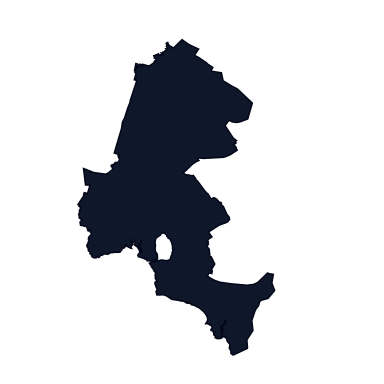 Maungakiekie-TÄmaki Local Board Area, Auckland, New Zealand, rotated 109°
{"feature_id": "76426892B3481372105760", "entity_name": "Maungakiekie-TÄmaki Local Board Area", "entity_type": "district", "adm_level": 2, "iso_a3": "NZL", "parent_name": "New Zealand", "parent_adm1": "Auckland", "projection": "natural_earth1", "projection_center": [174.844, -36.902], "detail": "fine", "context": "isolated", "style": "filled", "palette": "ink", "viewbox_px": 384, "rotation_deg": 109, "n_neighbors": 0, "source": "geoboundaries", "source_scale": "gbopen_adm2", "svg_char_len": 6085}
<svg xmlns="http://www.w3.org/2000/svg" viewBox="0 0 384 384"><g transform="rotate(109 192 192)"><path d="M69.7,203.0L71.5,213.1L70.1,213.3L67.4,212.9L65.7,219.8L65.2,220.0L62.6,229.8L61.9,234.2L54.7,232.3L53.6,243.0L51.2,251.0L61.8,256.3L61.0,260.9L59.6,262.9L58.5,263.6L58.9,264.2L60.0,264.8L61.4,263.5L62.6,263.7L63.0,262.6L63.5,262.2L63.5,262.6L64.4,261.6L64.8,261.8L65.0,262.7L65.1,262.4L69.3,264.5L69.3,265.2L70.5,265.8L70.6,266.3L71.1,265.7L71.3,264.4L71.9,264.2L71.8,266.0L72.4,266.2L73.2,267.5L72.2,268.7L73.2,269.4L73.9,270.7L74.5,270.8L75.5,272.5L76.6,271.6L77.8,271.2L77.6,269.7L79.4,268.8L80.2,270.0L80.8,270.2L81.1,269.5L81.4,269.5L86.3,273.1L86.9,274.0L87.4,280.4L88.9,280.6L88.0,281.8L88.4,283.6L89.1,283.9L91.5,283.6L92.7,284.8L88.7,285.7L88.8,286.9L95.9,285.9L95.8,285.1L97.6,284.8L97.6,283.6L104.7,283.1L104.5,280.5L125.4,280.2L127.3,279.8L134.0,280.1L143.7,279.8L148.4,280.5L155.0,279.3L180.5,278.2L180.3,273.6L181.7,273.7L181.2,272.6L181.6,272.5L181.8,273.0L183.3,272.6L184.7,271.1L187.5,271.3L188.3,272.5L189.3,272.6L189.3,273.3L189.7,274.1L189.4,274.3L191.3,274.9L193.0,277.1L193.9,276.8L194.9,275.2L196.6,274.5L201.2,277.3L203.3,279.5L205.6,291.3L205.1,302.2L220.0,295.0L218.8,290.7L227.4,290.3L227.7,293.7L231.7,293.3L239.9,295.5L239.4,294.9L241.3,295.2L241.7,294.5L242.4,294.1L242.7,292.8L243.1,292.3L243.9,292.1L246.3,292.5L247.4,291.5L248.5,291.9L250.5,291.7L250.9,290.8L252.5,290.6L253.4,290.0L253.5,288.7L254.7,287.1L256.9,288.1L259.8,286.5L259.2,283.6L259.6,282.8L258.9,282.0L258.9,281.4L259.6,279.9L262.6,277.6L262.5,276.9L261.0,276.9L260.8,276.2L261.2,275.7L263.1,275.0L263.1,274.4L264.8,273.3L267.6,274.7L269.2,274.9L270.3,274.6L270.3,273.9L271.0,273.6L272.3,273.9L273.2,273.6L276.4,274.1L277.2,273.9L278.9,272.3L278.9,271.0L280.7,271.3L281.6,270.2L281.5,268.9L283.5,268.5L283.7,267.9L283.5,266.6L284.5,266.5L285.3,266.0L286.0,264.9L285.8,264.0L286.2,263.2L285.3,260.9L284.0,260.6L283.6,260.1L284.3,258.9L283.5,258.2L282.3,258.1L281.4,257.5L281.1,256.5L279.0,254.6L278.4,251.7L277.8,250.7L276.2,249.7L276.1,249.1L275.3,248.1L275.3,247.6L273.7,244.4L273.3,242.5L272.2,240.4L271.5,240.6L270.4,239.6L269.3,239.7L268.1,239.2L267.3,239.5L267.4,238.8L266.9,237.8L265.1,237.3L264.3,237.6L263.7,237.1L263.9,236.3L264.5,235.9L265.1,231.6L265.0,230.8L264.1,231.7L263.2,232.1L262.8,231.7L262.1,231.9L261.9,231.3L261.0,231.5L260.8,231.1L260.6,231.5L260.0,231.1L257.5,234.9L256.6,235.1L257.5,234.7L259.1,231.6L257.8,230.4L257.6,229.7L258.3,229.3L260.9,229.0L261.6,226.3L263.7,223.2L265.2,222.3L264.6,221.9L263.2,221.9L262.5,222.5L262.8,223.3L262.7,224.0L261.6,224.8L259.3,225.0L257.3,224.2L255.4,224.3L254.5,224.2L254.4,224.0L255.7,223.9L256.2,223.3L259.1,224.2L261.0,223.8L261.5,223.3L262.1,221.7L263.1,220.9L264.9,220.7L264.7,220.4L265.3,219.8L265.9,220.1L266.6,221.8L268.6,222.6L269.4,222.7L270.7,221.6L270.4,219.0L270.7,217.4L269.8,215.7L270.6,215.5L270.8,213.0L271.7,211.8L271.1,210.7L271.1,209.3L269.1,206.2L268.0,203.5L267.6,202.9L266.3,202.8L262.1,204.6L260.3,207.0L257.6,208.4L254.1,209.2L251.9,210.5L248.1,211.1L246.1,210.2L243.2,207.9L241.5,207.6L240.5,206.7L240.0,205.4L239.2,204.6L240.2,204.3L240.7,202.2L242.1,201.4L242.9,199.6L243.5,199.4L243.6,197.1L244.0,197.2L244.6,196.3L245.0,196.3L246.7,194.5L248.4,193.7L248.7,193.0L251.5,192.2L252.1,191.6L253.4,191.4L254.2,190.7L255.5,191.2L257.7,190.6L259.1,190.9L263.1,190.8L265.3,193.7L265.9,197.5L266.6,199.5L269.3,203.2L269.7,204.9L273.2,209.1L275.2,206.6L275.4,205.5L275.9,205.1L276.4,205.5L276.7,204.5L279.3,201.8L280.6,199.6L282.1,200.0L284.1,199.0L285.1,198.9L286.2,198.0L286.3,197.4L287.3,196.8L287.7,195.9L289.0,197.5L290.8,197.2L294.1,194.5L294.9,193.4L296.5,193.2L297.8,193.6L300.8,191.6L300.2,190.6L300.1,189.5L298.7,186.2L298.4,184.7L298.6,181.7L300.1,176.1L298.8,169.4L298.7,167.0L298.0,164.8L298.5,161.4L298.8,160.9L297.9,157.3L298.8,155.7L298.4,152.7L298.9,150.2L299.0,148.0L301.3,142.0L303.5,138.7L305.3,136.8L307.6,135.6L310.0,135.5L311.2,136.0L311.5,135.7L311.7,136.2L312.1,136.2L311.6,135.0L311.5,133.6L312.2,130.2L313.1,129.1L314.0,128.8L314.9,128.7L315.7,129.4L316.8,128.9L316.5,128.0L316.9,126.3L318.0,126.1L318.6,125.0L319.3,125.2L319.8,124.8L319.7,124.4L320.3,124.3L320.5,123.3L322.3,122.5L322.0,121.9L322.5,120.5L321.2,117.2L320.0,116.2L317.9,117.2L317.0,117.3L315.6,118.2L313.9,118.6L313.2,119.1L313.0,120.0L312.6,120.5L312.9,119.4L312.3,118.9L311.5,119.3L310.7,120.3L309.5,120.7L305.6,118.0L304.6,118.1L303.1,119.1L302.7,119.0L303.1,118.5L302.8,118.1L305.6,117.3L307.4,118.7L309.9,119.9L310.6,118.9L312.1,118.0L312.2,117.2L313.1,118.0L313.8,117.5L315.3,117.5L318.4,116.2L318.9,115.6L318.3,114.3L317.7,113.8L318.6,113.8L319.1,111.6L321.6,110.2L323.9,106.4L327.6,105.9L328.3,104.8L329.5,103.9L329.9,103.2L332.0,102.7L332.8,100.0L321.9,88.8L321.2,88.8L313.9,92.0L303.1,89.3L294.1,93.6L284.4,93.7L281.4,93.3L277.7,92.0L274.3,92.3L272.9,92.0L271.8,91.2L267.9,85.5L258.2,81.8L252.0,86.9L243.4,88.3L244.1,92.6L244.0,94.2L256.0,100.3L259.2,103.5L262.2,109.5L266.0,124.8L268.2,136.2L268.2,141.8L267.6,145.6L266.4,150.1L262.9,149.5L262.7,146.7L259.7,147.3L260.2,148.6L252.7,147.0L247.0,152.7L247.2,154.0L240.5,157.1L238.4,160.4L236.3,159.5L236.0,160.4L235.0,160.0L234.8,160.4L234.0,160.3L232.5,161.8L231.9,161.2L231.6,161.4L228.1,158.5L227.7,158.6L226.3,161.3L226.1,161.1L224.4,163.3L214.8,155.8L208.9,148.7L205.8,147.5L205.6,148.2L204.3,148.2L203.3,149.2L201.8,151.7L195.5,157.6L194.2,160.9L192.9,160.5L192.5,161.5L192.7,163.0L190.6,166.6L190.2,169.5L192.2,171.3L192.2,172.0L188.4,176.5L188.2,177.7L186.6,180.5L179.7,190.5L180.1,190.8L178.7,192.8L178.2,192.8L175.9,196.1L176.3,196.6L176.8,198.4L177.2,201.8L177.7,203.3L176.9,206.5L165.3,200.5L161.7,197.7L160.0,195.7L159.0,197.1L157.6,197.0L156.6,192.3L149.1,173.9L147.6,171.7L144.1,167.8L137.7,162.9L135.9,165.1L135.5,164.8L134.7,165.8L135.2,166.1L133.8,168.2L133.4,167.9L133.6,167.7L131.2,166.3L129.8,167.6L128.9,166.7L127.5,170.7L118.2,182.7L117.8,182.1L112.2,180.5L112.6,176.7L111.7,172.4L110.1,169.5L104.8,163.1L88.3,163.9L79.9,182.4L78.8,189.2L76.7,198.8L69.7,203.0Z" fill="#0f172a" stroke="#020617" stroke-width="1.5"/></g></svg>